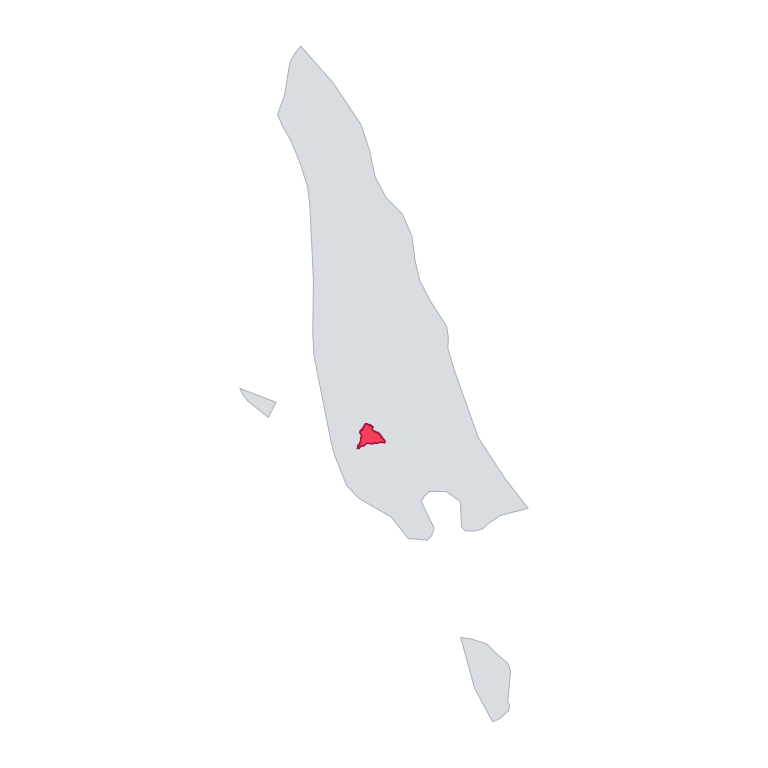 location of Ermera, Ermera, East Timor, rotated 270°
{"feature_id": "22284137B14876648157947", "entity_name": "Ermera", "entity_type": "district", "adm_level": 2, "iso_a3": "TLS", "parent_name": "East Timor", "parent_adm1": "Ermera", "projection": "orthographic", "projection_center": [125.411, -8.766], "detail": "fine", "context": "in_parent", "style": "filled", "palette": "rose", "viewbox_px": 768, "rotation_deg": 270, "n_neighbors": 0, "source": "geoboundaries", "source_scale": "gbopen_adm2", "svg_char_len": 5279}
<svg xmlns="http://www.w3.org/2000/svg" viewBox="0 0 768 768"><g transform="rotate(270 384 384)"><path d="M259.7,528.0L252.6,500.7L245.0,489.0L239.0,482.3L237.0,474.0L237.3,465.4L240.9,461.5L266.4,460.4L276.5,446.3L276.4,429.5L271.3,423.8L266.3,421.4L240.0,434.0L232.4,431.8L227.9,427.2L229.4,408.5L251.1,391.0L269.4,359.3L282.4,346.6L312.5,334.7L324.6,331.4L412.3,314.0L433.2,312.8L488.8,313.4L563.1,309.8L581.6,307.5L605.4,299.9L628.5,290.4L640.8,283.0L653.6,277.6L672.7,284.5L705.1,289.8L713.8,294.4L721.9,300.7L684.1,333.9L642.7,361.4L617.2,369.6L590.8,375.2L570.7,385.8L553.7,402.5L532.1,411.9L507.6,415.0L486.8,420.0L467.9,429.8L441.6,446.6L430.9,448.3L419.6,447.9L397.8,454.3L330.1,478.4L289.1,505.2L259.7,528.0ZM46.1,492.7L79.5,474.7L130.5,460.7L129.2,470.8L124.0,486.7L116.3,494.2L104.7,507.7L97.1,510.6L66.5,507.8L62.5,509.8L57.3,508.4L49.4,499.8L46.1,492.7ZM379.5,240.0L365.7,276.1L350.7,268.4L366.6,248.2L374.3,242.2L379.5,240.0Z" fill="#d9dde1" stroke="#a8b0b8" stroke-width="1"/><path d="M339.7,362.4L339.4,362.4L339.1,362.3L338.8,362.0L338.7,362.0L338.4,362.1L338.3,362.4L338.1,362.5L338.1,362.4L337.9,361.9L338.0,361.8L338.1,361.6L338.1,361.3L338.1,361.1L337.8,360.8L337.7,360.6L337.4,360.7L337.1,360.7L336.9,360.5L336.8,360.4L336.8,360.1L336.7,360.0L336.4,359.9L336.0,359.9L335.4,360.0L335.3,359.9L335.1,360.1L335.1,360.3L334.9,360.4L334.5,360.4L334.4,360.5L334.2,360.6L333.9,360.6L333.7,360.9L333.5,361.0L333.3,361.1L333.0,361.1L332.3,361.3L332.2,361.3L332.0,361.6L331.9,361.6L331.6,361.6L331.4,361.5L331.2,361.5L330.8,361.1L330.5,360.9L330.0,360.8L329.9,360.8L329.7,360.7L329.4,360.9L329.1,360.9L328.7,360.8L328.6,360.7L327.8,360.7L327.5,360.6L327.2,360.6L326.9,360.5L326.6,360.5L326.4,360.3L325.9,360.3L325.6,360.0L325.4,359.9L325.2,359.7L324.6,359.5L324.4,359.6L324.2,359.6L323.8,359.4L323.7,359.4L323.6,359.5L323.3,359.3L323.2,359.3L323.1,359.2L323.0,358.7L323.0,358.3L322.8,358.2L322.7,357.9L322.3,357.7L322.2,357.8L321.9,357.8L321.7,357.8L321.6,358.0L321.4,358.3L321.4,358.2L321.4,358.3L321.3,358.5L321.2,358.5L321.1,358.3L321.1,358.2L320.9,357.8L320.6,357.7L320.6,357.8L320.3,357.7L320.1,357.6L319.9,357.6L319.7,357.5L319.8,357.9L319.9,358.1L319.8,358.4L319.7,358.5L319.6,358.8L319.7,359.0L319.8,359.1L319.7,359.3L319.9,359.5L320.5,359.7L320.8,360.0L321.0,360.3L321.2,360.6L321.4,360.8L321.5,360.9L321.7,361.1L321.7,361.4L321.8,361.5L322.0,361.5L322.1,362.0L322.3,362.3L322.3,362.6L322.3,362.9L322.4,363.1L322.4,363.4L322.2,363.6L322.0,363.8L322.1,364.0L322.3,364.0L322.6,364.2L322.8,364.5L323.0,364.7L323.1,365.1L323.5,365.4L324.1,365.8L324.4,366.2L324.4,366.3L324.5,366.4L324.7,366.7L324.7,367.0L324.6,368.1L324.6,368.5L324.5,368.9L324.5,369.1L324.7,369.4L324.7,369.6L324.6,370.0L324.6,370.3L324.3,370.5L324.2,371.1L324.0,371.8L323.9,372.0L324.0,372.2L324.1,372.4L324.2,372.7L324.4,372.9L324.5,373.0L324.6,373.3L324.6,373.8L324.6,374.0L324.9,374.1L325.0,374.1L325.0,374.3L325.2,374.5L325.3,374.6L325.0,374.9L325.0,375.0L324.8,376.0L324.6,376.8L324.7,377.2L324.8,377.5L325.1,377.9L325.2,378.1L325.3,378.4L325.3,378.7L325.3,378.9L325.4,379.3L325.6,379.9L325.6,380.0L325.5,380.7L325.6,381.0L325.7,381.5L325.8,381.6L325.7,382.2L325.9,382.3L326.0,382.5L325.9,382.6L325.9,382.8L325.8,383.0L325.7,383.2L325.5,383.3L325.3,383.5L325.2,383.8L325.2,384.2L325.3,384.7L325.3,384.9L325.8,385.0L326.2,385.0L326.3,385.0L326.8,385.0L327.0,385.1L327.3,385.0L327.4,384.9L327.7,384.6L327.9,384.4L328.0,384.3L328.5,383.8L328.6,383.7L328.8,383.7L329.0,383.6L329.0,383.4L329.3,383.4L329.4,383.2L329.6,382.8L329.9,382.4L330.0,382.2L330.3,381.9L330.5,381.5L330.7,381.3L330.8,381.2L331.0,381.3L331.0,381.5L330.9,381.4L330.7,381.4L330.7,381.5L330.8,381.6L331.0,381.7L331.5,381.3L331.5,381.2L331.3,381.1L331.7,380.7L331.9,380.6L332.0,380.6L332.6,380.6L332.8,380.7L333.0,380.4L333.5,380.4L333.7,380.2L333.7,379.9L333.8,379.8L333.9,379.6L333.9,379.3L334.1,379.2L334.1,378.9L334.3,378.9L334.2,378.7L334.4,378.6L334.5,378.6L334.8,378.4L335.1,378.3L335.2,378.2L335.3,378.2L335.5,377.9L335.4,377.8L335.5,377.6L335.5,377.3L335.4,377.2L335.7,377.1L335.6,376.9L335.7,376.6L335.6,376.4L335.6,376.2L335.7,375.9L335.8,375.7L336.2,375.7L336.4,375.6L336.4,375.3L336.5,375.1L336.6,374.7L336.9,374.4L337.2,374.1L337.3,373.9L337.4,373.0L337.4,372.8L337.5,372.8L337.8,372.7L338.0,372.6L338.5,372.3L339.1,372.4L339.3,372.4L340.0,372.5L340.5,372.4L340.6,372.5L340.9,372.7L341.0,372.8L341.1,373.0L341.2,372.9L341.2,372.7L341.3,372.6L341.4,372.3L341.4,372.2L341.6,372.1L341.7,371.7L341.8,371.7L341.8,371.4L341.7,371.4L341.8,371.3L342.0,371.2L342.1,371.3L342.3,371.2L342.6,371.2L342.8,370.9L343.0,370.7L343.3,370.4L343.4,370.1L343.2,369.9L343.2,369.6L343.0,369.3L342.9,369.2L343.0,369.2L343.0,368.8L343.1,368.7L343.3,368.6L343.4,368.4L343.5,368.3L343.6,368.2L343.8,367.9L343.9,367.6L344.0,367.5L344.1,367.4L344.1,367.2L344.3,367.0L344.3,366.8L344.2,366.7L343.9,366.6L343.7,366.5L343.7,366.4L343.9,366.1L344.0,366.0L344.2,365.9L344.2,365.7L344.3,365.6L344.3,365.4L344.2,365.3L343.8,365.1L343.7,365.1L343.2,364.9L343.0,364.7L342.9,364.5L342.8,364.4L342.5,364.3L342.4,364.2L342.2,364.0L341.9,363.8L341.7,364.0L341.4,364.0L341.1,363.9L340.8,363.9L340.7,363.8L340.5,363.6L340.4,363.5L340.1,363.3L340.0,363.2L339.9,362.9L339.6,362.7L339.7,362.4Z" fill="#f43f5e" stroke="#9f1239" stroke-width="1.5"/></g></svg>